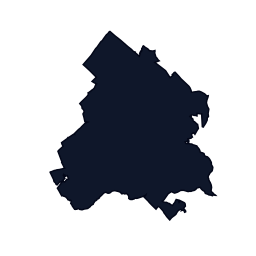 Epureni, Vaslui, Romania (Mercator projection), rotated 259°
{"feature_id": "2599482B68083638568596", "entity_name": "Epureni", "entity_type": "district", "adm_level": 2, "iso_a3": "ROU", "parent_name": "Romania", "parent_adm1": "Vaslui", "projection": "mercator", "projection_center": [27.894, 46.246], "detail": "fine", "context": "isolated", "style": "filled", "palette": "ink", "viewbox_px": 256, "rotation_deg": 259, "n_neighbors": 0, "source": "geoboundaries", "source_scale": "gbopen_adm2", "svg_char_len": 5715}
<svg xmlns="http://www.w3.org/2000/svg" viewBox="0 0 256 256"><g transform="rotate(259 128 128)"><path d="M198.8,96.1L191.8,101.3L183.9,106.6L180.6,101.6L178.9,103.4L177.3,105.5L176.8,104.7L174.1,102.9L173.6,102.5L173.2,101.9L173.0,102.0L171.9,99.3L171.3,98.4L170.3,96.2L170.1,95.6L169.6,95.9L169.3,95.5L168.2,95.2L167.8,94.9L167.2,94.2L166.0,92.6L162.0,86.4L161.1,85.3L159.5,86.3L158.1,86.9L156.3,86.7L155.8,86.8L155.0,87.5L153.2,88.2L152.3,87.9L151.8,88.1L151.3,87.2L150.4,86.5L146.9,86.8L142.5,86.9L142.3,87.0L142.1,88.4L141.5,89.6L140.9,87.1L140.6,86.4L137.9,82.4L137.2,81.6L136.0,79.2L132.7,74.3L132.2,74.3L132.3,74.2L132.3,73.5L130.1,68.2L130.1,67.9L130.0,68.0L126.3,60.0L124.9,60.1L122.4,60.8L120.1,57.0L119.1,55.4L118.5,54.8L108.3,56.5L107.7,56.8L106.9,56.3L100.6,58.1L100.7,57.0L100.4,56.0L100.4,53.5L100.2,53.2L100.4,52.0L100.5,50.0L100.3,49.5L100.4,49.1L100.2,48.6L100.4,47.5L100.1,46.7L100.0,45.7L99.8,45.2L99.8,44.7L99.6,44.1L99.7,43.8L99.7,43.3L99.4,43.1L91.8,45.1L89.5,45.2L88.0,46.3L86.3,46.7L85.9,47.2L85.7,47.6L85.9,47.9L88.3,50.9L87.5,51.8L89.2,54.1L90.5,56.4L92.1,55.9L92.3,56.1L94.0,55.5L94.1,55.9L94.6,56.1L94.2,56.4L94.0,56.7L93.9,56.5L93.6,56.6L93.4,56.9L92.5,57.1L92.9,59.3L89.4,60.0L89.3,59.4L89.1,59.0L89.3,58.2L87.0,55.5L87.3,54.9L88.7,54.3L82.4,47.2L79.4,48.3L75.0,49.7L74.1,50.1L74.4,50.6L74.3,50.8L73.7,51.3L72.4,53.6L70.1,55.1L69.1,55.3L68.3,56.6L67.8,57.0L67.6,57.6L68.5,58.6L67.4,58.2L66.4,58.3L65.1,57.5L64.8,57.4L63.7,58.1L62.0,58.5L58.4,60.1L58.1,61.1L58.2,61.6L58.0,62.4L58.3,62.7L58.5,63.7L57.8,64.6L57.4,64.9L56.9,66.2L56.6,66.9L56.5,67.5L56.8,69.5L56.7,72.4L56.7,73.1L58.1,76.0L58.6,76.3L59.3,77.6L59.8,79.3L60.5,79.6L61.8,80.9L62.6,81.3L62.6,82.1L63.3,83.6L63.9,84.0L64.2,84.5L64.2,85.4L64.9,86.6L65.8,87.1L66.8,89.0L68.8,91.8L69.2,93.6L68.8,94.7L68.1,95.2L67.7,96.4L67.7,97.7L69.1,100.4L69.1,102.1L69.0,103.2L67.5,106.5L66.6,108.0L64.5,109.4L64.5,109.8L64.7,110.1L64.7,110.5L64.4,111.5L63.9,112.2L63.9,112.9L64.2,113.7L63.9,114.2L63.0,114.6L62.0,115.5L60.2,115.7L58.7,115.3L57.5,116.4L57.2,117.6L57.0,118.5L57.2,119.6L57.1,120.3L57.6,120.9L57.7,121.8L57.3,123.1L57.3,124.3L58.1,130.3L58.5,131.3L58.4,131.8L58.9,132.7L58.4,132.4L57.2,130.6L51.9,134.2L51.1,134.5L47.6,136.8L43.0,140.0L45.3,142.6L44.4,143.9L39.9,146.6L37.2,147.4L35.6,148.4L35.3,148.4L33.5,149.2L29.8,151.4L31.6,153.6L32.8,155.9L33.2,156.9L34.2,158.6L35.8,159.9L37.3,161.5L37.8,162.8L38.0,164.0L37.9,164.7L37.3,165.3L37.1,165.4L36.8,165.1L36.9,165.8L36.8,166.3L35.9,167.3L34.5,167.5L34.7,168.6L35.0,168.7L35.8,168.7L38.6,167.2L40.3,169.4L42.6,169.6L43.5,169.3L44.1,168.8L46.9,165.1L45.3,164.3L45.1,163.9L46.7,163.7L47.5,164.1L48.6,161.7L48.1,161.4L47.9,161.0L45.9,159.7L45.0,158.5L43.4,156.8L44.3,155.7L46.0,154.2L46.5,153.0L47.7,151.6L47.9,150.3L48.1,150.0L48.4,149.0L48.8,148.4L49.7,147.7L50.0,148.5L50.6,149.5L55.8,154.9L57.1,158.0L57.1,158.8L55.6,160.7L55.2,161.4L55.6,164.5L56.7,167.7L56.6,168.5L56.3,170.3L56.1,171.0L54.1,174.9L54.2,176.0L53.8,177.8L54.1,179.3L54.1,181.0L54.6,182.5L55.4,183.6L55.7,183.8L56.0,184.5L56.1,186.6L56.0,187.5L54.0,188.4L53.0,189.1L52.3,189.7L52.0,190.1L51.8,190.5L50.5,191.2L49.2,191.4L48.9,191.7L47.7,193.8L46.9,194.6L46.2,196.7L45.4,197.9L45.4,198.1L46.1,199.1L45.4,200.4L45.2,201.2L45.5,201.0L46.4,199.9L48.3,198.8L49.0,198.1L49.9,197.7L50.8,197.6L53.7,198.7L56.1,198.8L58.8,198.3L60.1,197.8L61.9,197.4L62.9,197.5L64.3,197.2L66.0,197.9L66.8,198.8L68.0,199.6L68.2,200.0L68.9,200.8L69.2,201.5L69.7,202.2L70.2,202.6L73.0,203.7L74.1,203.6L75.9,202.9L78.4,203.2L81.4,202.3L82.7,201.7L84.2,200.7L84.7,200.2L85.3,198.8L86.0,198.1L87.1,197.8L88.1,197.8L88.5,197.6L88.7,197.2L89.0,197.0L89.3,196.5L90.3,194.6L90.9,194.2L92.1,194.2L93.0,194.0L94.2,193.6L96.5,192.3L97.3,192.1L97.7,191.1L98.2,190.5L99.2,188.4L100.1,187.6L100.5,185.9L101.2,184.5L101.3,183.4L101.7,182.0L101.9,181.8L103.5,181.5L103.7,183.6L103.5,183.8L102.6,184.0L102.5,184.8L102.7,185.1L103.9,185.3L104.3,185.3L104.3,184.5L104.4,184.4L104.8,184.4L104.8,184.8L105.9,184.8L106.0,187.6L106.1,188.2L106.5,188.4L106.8,189.5L108.6,189.1L109.8,189.2L111.0,191.0L110.4,191.4L110.6,191.8L109.1,192.5L112.6,195.5L114.1,197.0L118.3,197.0L118.5,196.6L121.6,194.4L121.6,193.9L121.9,193.7L123.1,193.2L124.0,193.4L125.2,192.5L125.2,192.8L126.0,192.2L126.9,191.3L127.6,191.0L127.7,191.6L127.3,191.7L127.4,192.3L128.4,192.4L128.8,192.7L128.8,193.0L128.7,193.5L127.7,195.5L127.5,196.6L126.7,198.0L129.2,198.6L128.0,202.0L127.9,203.0L115.7,201.3L115.1,201.2L114.9,201.4L114.6,202.2L115.6,202.9L116.4,203.8L118.0,205.3L120.6,207.2L123.0,207.8L123.8,209.1L124.2,209.2L127.0,209.4L131.0,210.9L131.4,210.9L133.9,210.1L137.4,209.8L138.2,209.9L140.4,210.8L143.3,212.5L144.4,212.9L144.4,211.7L144.6,211.3L146.4,210.1L147.0,209.6L149.4,206.7L150.4,205.1L150.7,203.8L150.6,202.6L150.8,199.6L150.8,197.5L151.0,197.2L153.3,197.0L155.6,196.5L157.4,195.7L166.2,189.4L169.1,187.8L173.4,185.1L173.8,184.8L173.6,183.8L172.7,182.9L172.1,181.7L171.2,182.2L169.4,178.9L177.1,175.8L187.3,166.8L188.0,171.4L189.2,170.5L191.2,169.7L192.3,168.9L196.5,168.5L196.9,168.5L197.7,169.0L198.9,169.2L198.8,168.0L198.8,166.9L199.8,163.8L201.8,162.6L204.3,159.9L205.0,159.5L205.7,158.7L205.2,158.1L204.7,157.9L204.1,157.4L203.8,157.3L203.5,156.8L203.2,156.9L202.9,156.6L202.6,156.6L201.9,156.2L201.4,156.4L201.0,156.2L200.7,155.8L201.0,155.7L201.1,155.2L200.1,154.5L199.5,154.5L199.2,154.2L199.3,153.9L198.9,153.7L198.5,154.1L198.0,153.9L197.2,153.2L196.3,152.8L200.6,149.4L201.1,149.6L202.0,148.0L204.6,146.3L207.8,143.5L215.9,137.2L220.6,133.1L226.2,128.7L226.2,128.4L225.6,127.3L224.6,126.5L223.7,124.7L220.3,121.0L218.6,119.4L218.2,118.3L217.5,117.4L213.2,113.0L212.1,111.4L206.3,105.7L198.8,96.1Z" fill="#0f172a" stroke="#020617" stroke-width="1.5"/></g></svg>